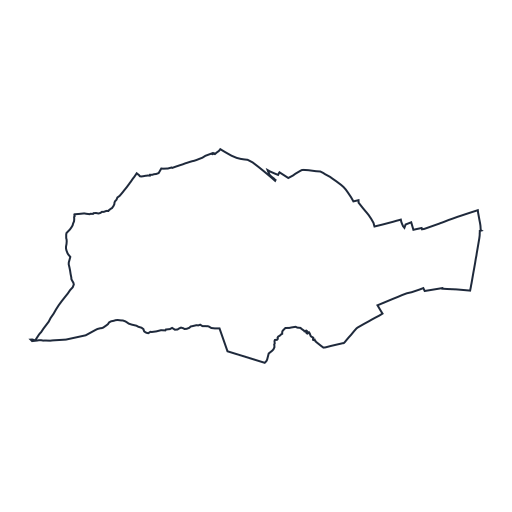 Sarata, Bacau, Romania
{"feature_id": "2599482B72000183415185", "entity_name": "Sarata", "entity_type": "district", "adm_level": 2, "iso_a3": "ROU", "parent_name": "Romania", "parent_adm1": "Bacau", "projection": "natural_earth1", "projection_center": [26.869, 46.503], "detail": "fine", "context": "isolated", "style": "outline", "palette": "slate", "viewbox_px": 512, "rotation_deg": 0, "n_neighbors": 0, "source": "geoboundaries", "source_scale": "gbopen_adm2", "svg_char_len": 5743}
<svg xmlns="http://www.w3.org/2000/svg" viewBox="0 0 512 512"><path d="M481.3,230.5L480.7,230.1L480.5,226.6L480.4,225.4L480.0,222.9L479.4,219.8L478.1,212.7L477.8,210.2L476.0,210.8L471.9,212.1L465.5,214.2L461.0,215.7L457.6,216.8L452.4,218.7L448.6,220.0L444.4,221.7L442.3,222.5L440.2,223.2L439.6,223.5L424.3,228.9L422.0,229.3L421.6,228.0L415.5,229.3L413.4,229.8L411.2,222.3L405.6,224.5L404.4,227.8L403.0,226.1L402.6,225.1L402.1,224.0L401.3,221.9L400.8,219.6L399.8,219.9L398.7,220.2L397.5,220.5L396.7,220.7L393.0,221.8L390.7,222.4L382.7,224.5L374.5,226.5L374.1,225.2L373.5,222.9L371.1,218.7L369.6,216.5L368.9,215.4L368.2,214.5L366.5,212.4L365.7,211.5L362.8,208.0L358.6,202.7L358.5,200.2L353.4,201.4L351.1,197.3L347.8,192.4L345.8,189.6L343.6,187.1L341.1,184.9L336.3,181.3L332.4,178.6L330.1,176.9L324.9,174.1L323.3,173.0L320.3,171.5L315.9,171.2L308.4,170.2L305.1,170.0L303.2,169.9L301.7,170.1L300.8,170.6L300.4,170.8L295.3,173.8L293.0,175.5L288.3,178.0L280.7,173.1L279.5,172.3L278.9,173.2L278.5,174.1L278.1,174.9L274.6,173.5L270.1,171.5L267.6,170.1L268.1,171.4L268.9,173.2L269.4,174.5L270.4,175.7L272.0,177.1L274.0,178.6L274.9,179.6L275.5,180.0L275.1,180.8L271.8,177.9L263.8,171.2L261.2,169.1L258.6,167.0L252.6,162.4L250.5,161.3L250.3,161.2L247.6,159.8L244.0,159.4L240.7,158.9L236.7,157.9L231.5,155.7L228.3,153.9L224.8,151.9L220.3,149.2L219.9,149.8L218.7,151.1L216.6,152.6L214.9,154.1L214.3,153.9L214.2,153.4L213.9,153.2L213.6,153.3L213.1,153.9L212.6,154.2L212.3,154.1L212.8,153.5L213.5,152.8L205.4,155.8L202.4,157.7L199.0,159.0L196.5,160.0L194.1,160.8L192.2,161.2L189.8,161.9L187.1,162.8L185.4,163.3L183.6,164.0L182.9,164.3L179.7,165.3L179.4,165.4L177.7,166.0L176.7,166.3L172.2,167.9L171.6,167.5L167.9,168.5L163.0,168.7L161.3,168.5L159.1,172.3L158.6,173.1L156.1,174.0L154.1,174.2L152.2,174.8L150.0,174.8L149.9,175.6L147.6,175.5L146.5,175.7L145.4,175.8L142.8,176.3L141.7,176.4L141.2,176.5L139.8,176.2L139.1,175.2L138.9,175.0L138.7,174.9L138.2,174.5L136.7,173.3L135.5,175.1L135.0,175.8L134.2,177.0L132.9,178.6L131.4,180.8L130.8,181.7L130.4,182.2L129.7,183.1L129.4,183.6L128.2,185.2L127.1,186.7L126.8,187.1L123.8,190.8L123.3,191.5L122.4,192.6L120.9,194.4L119.6,195.9L117.4,197.5L116.5,199.7L115.8,200.5L115.0,201.3L114.5,202.6L114.3,204.3L113.3,206.3L112.6,207.2L112.0,208.1L110.9,208.7L108.7,210.4L108.4,211.0L106.4,210.9L103.7,211.9L101.8,211.9L100.5,212.9L98.5,213.5L96.0,213.0L93.5,213.2L93.0,213.9L90.4,213.8L89.7,214.2L86.5,213.8L84.2,213.4L79.4,213.9L74.5,214.3L74.3,214.9L74.7,216.1L74.1,217.0L74.2,218.1L74.2,219.7L74.0,221.4L73.1,223.5L72.6,225.4L71.4,227.4L69.9,229.5L66.5,233.0L66.2,234.5L66.2,235.6L66.2,236.9L66.2,238.1L66.6,239.6L66.7,241.5L66.5,244.0L66.0,246.7L66.0,248.4L66.4,250.3L67.5,253.2L68.2,254.4L70.3,256.9L69.5,259.9L68.8,262.3L68.7,264.2L69.5,267.7L70.1,270.7L70.6,274.0L71.3,277.5L71.4,279.1L71.9,280.2L73.4,282.8L73.8,284.5L72.7,287.3L70.1,290.1L67.8,293.5L64.9,297.1L61.6,301.3L58.8,305.1L56.1,309.3L53.6,313.7L50.6,318.0L48.7,321.7L46.2,325.0L43.4,328.7L41.1,332.2L39.8,333.5L39.6,333.8L38.9,334.7L37.2,337.3L36.3,338.7L35.5,339.9L35.2,340.4L34.1,340.1L32.4,339.5L32.1,339.5L30.7,339.6L31.1,340.0L32.1,341.1L37.4,340.5L38.3,340.3L39.2,340.2L41.1,340.2L43.2,340.6L45.0,340.5L50.2,340.7L52.5,340.4L59.2,340.0L65.9,339.6L85.7,335.3L95.6,329.9L97.4,329.0L100.1,328.3L101.8,328.1L103.2,327.6L106.2,325.5L107.9,324.2L109.1,322.4L111.1,321.3L113.7,320.8L115.6,320.2L117.6,320.0L120.9,320.4L122.9,320.5L125.4,321.4L127.0,322.4L128.7,323.6L131.7,324.6L136.4,325.7L138.4,326.8L141.5,327.7L143.4,329.1L143.8,330.4L144.2,331.4L145.6,332.4L146.8,332.9L148.3,333.2L150.4,331.8L151.7,332.0L156.3,331.4L161.0,330.2L165.4,330.4L165.9,329.5L169.9,329.1L172.1,327.9L174.9,329.7L177.5,329.5L179.2,328.4L181.0,327.6L183.4,328.3L184.5,329.0L186.7,328.8L189.3,327.8L190.7,326.5L192.6,326.1L196.4,325.2L198.3,325.4L200.2,324.7L202.4,326.1L207.7,326.2L208.8,326.5L211.3,328.0L214.8,328.4L219.5,328.4L227.5,351.3L264.7,362.8L266.3,361.2L267.1,359.7L268.7,353.5L272.2,350.7L273.4,349.4L274.4,347.3L274.4,345.8L274.2,344.5L274.7,343.5L274.6,342.3L274.5,341.1L274.9,340.0L275.9,339.8L276.8,339.9L277.6,339.2L277.8,338.6L277.6,337.6L278.2,336.6L279.9,335.6L281.1,334.4L282.2,333.8L282.2,332.0L282.7,330.7L285.4,328.0L289.5,327.9L291.2,327.5L295.6,326.8L297.3,327.6L300.5,327.9L301.4,328.8L303.8,330.5L304.2,330.9L304.5,331.4L305.3,331.3L305.7,330.9L306.0,330.7L306.1,330.9L306.3,331.2L306.7,331.2L306.9,331.2L306.9,331.3L306.9,331.5L306.6,331.6L306.3,331.8L306.1,332.1L306.2,332.4L306.5,332.3L306.8,332.7L306.8,333.0L306.9,333.3L307.3,333.6L307.6,333.6L307.9,333.3L307.9,333.0L308.0,332.7L308.3,332.4L308.6,332.6L308.9,332.5L309.0,332.4L309.2,332.7L309.5,333.1L309.7,333.3L309.9,333.9L310.1,334.5L310.4,335.3L310.6,335.9L311.0,336.3L311.4,336.7L312.4,337.2L312.8,337.4L312.8,337.5L312.9,337.8L313.3,337.9L313.4,338.4L313.2,338.8L313.0,339.4L313.2,340.0L313.8,340.1L314.1,339.9L314.5,339.8L314.5,340.1L314.7,340.3L315.2,340.5L315.3,340.6L315.4,340.9L315.5,341.4L315.9,341.7L317.2,342.8L321.1,345.9L323.4,347.6L325.4,347.4L331.1,345.9L336.7,344.6L341.1,343.6L342.7,343.2L343.4,343.2L343.9,343.0L344.9,342.0L346.6,339.9L348.8,337.3L351.1,334.8L354.1,331.1L356.5,328.4L357.7,327.5L364.0,323.9L368.8,321.3L371.9,319.5L375.4,317.6L379.3,315.6L382.5,313.6L380.4,310.2L378.7,307.3L377.5,305.3L385.9,301.8L392.6,299.0L398.1,296.8L402.0,295.1L406.8,293.3L411.7,292.2L419.4,289.6L423.3,288.1L424.7,291.0L442.3,288.1L442.3,288.7L447.1,289.0L456.5,289.4L470.1,290.6L470.8,287.2L471.1,285.3L471.5,283.4L473.2,273.6L474.2,268.1L475.1,263.0L475.8,258.6L476.4,255.6L476.8,252.9L477.6,248.3L478.3,244.2L479.3,238.3L479.6,236.0L479.7,234.8L479.7,234.0L479.7,233.5L479.8,232.1L479.8,230.9L480.5,230.7L481.3,230.5Z" fill="none" stroke="#1e293b" stroke-width="2"/></svg>